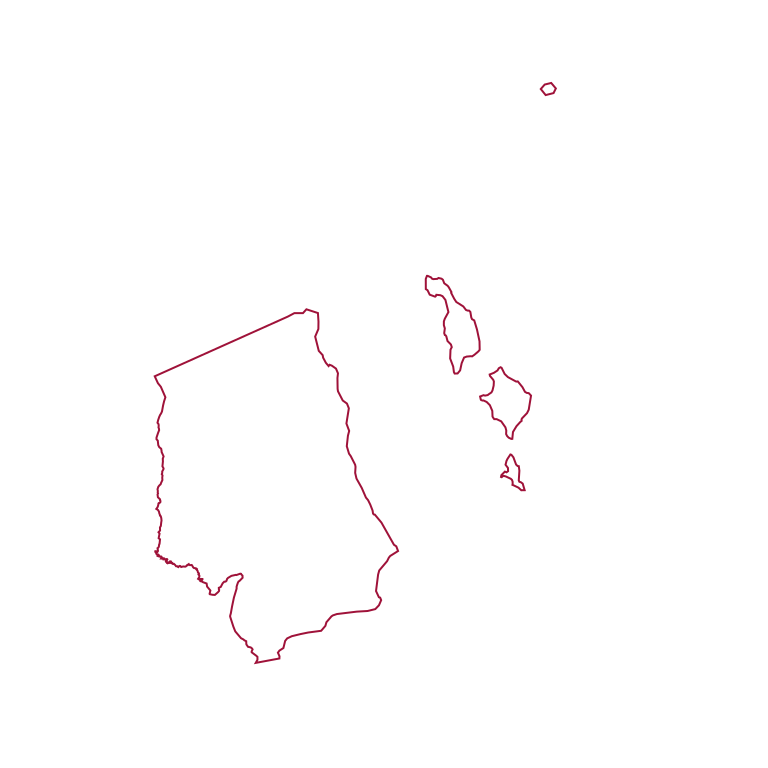 Santa Barbara, California, United States of America (Equal Earth projection), rotated 246°
{"feature_id": "52423323B51130837096991", "entity_name": "Santa Barbara", "entity_type": "district", "adm_level": 2, "iso_a3": "USA", "parent_name": "United States of America", "parent_adm1": "California", "projection": "equal_earth", "projection_center": [-120.082, 34.285], "detail": "fine", "context": "isolated", "style": "outline", "palette": "rose", "viewbox_px": 768, "rotation_deg": 246, "n_neighbors": 0, "source": "geoboundaries", "source_scale": "gbopen_adm2", "svg_char_len": 6170}
<svg xmlns="http://www.w3.org/2000/svg" viewBox="0 0 768 768"><g transform="rotate(246 384 384)"><path d="M181.4,153.4L175.8,176.8L177.8,177.8L181.7,177.8L183.0,180.1L183.7,184.7L189.5,189.2L191.0,192.1L191.1,197.2L189.5,206.0L187.8,213.7L184.1,226.2L186.9,232.1L189.8,234.5L193.1,241.5L193.4,243.2L193.0,247.4L187.1,266.6L183.3,276.7L181.9,284.5L183.9,289.4L187.7,293.5L190.4,293.6L191.3,292.6L198.1,292.5L212.3,301.1L215.6,303.8L220.9,314.8L223.4,317.8L224.4,319.8L225.7,328.9L230.7,329.2L233.1,327.7L258.4,325.3L268.4,322.5L269.0,321.6L270.1,321.3L273.1,322.1L279.5,322.4L284.4,322.2L287.6,321.3L298.1,321.4L308.8,320.4L314.5,321.5L319.9,324.3L322.0,324.8L331.6,324.3L334.6,323.7L342.3,324.7L351.4,330.0L355.3,333.1L363.2,333.6L376.1,342.0L381.2,342.2L385.7,339.6L396.0,339.0L398.3,339.6L408.4,343.9L412.5,346.3L417.6,346.4L422.0,343.8L423.7,342.1L422.9,340.7L427.0,339.5L432.8,339.1L435.3,339.7L440.8,337.9L455.3,340.4L460.9,346.4L467.6,349.5L475.7,352.5L483.8,343.5L481.7,338.8L485.2,330.9L484.7,323.5L484.3,177.7L476.7,177.8L472.2,179.0L460.8,178.9L457.7,176.1L454.3,173.5L449.2,170.0L447.7,168.3L446.9,167.0L445.4,165.3L442.9,163.0L440.7,161.3L439.0,161.7L437.5,161.2L436.0,160.3L435.0,160.3L433.3,159.8L431.2,157.7L427.6,154.4L426.1,153.7L424.3,154.3L419.9,152.9L417.7,153.0L415.5,154.1L413.3,153.6L412.4,153.2L407.5,153.2L405.7,151.5L403.1,150.5L398.9,148.1L396.6,148.3L395.8,147.8L394.3,145.8L392.9,145.2L392.0,144.3L390.6,144.5L388.6,143.3L386.4,142.5L384.1,139.9L383.2,139.1L382.8,137.7L381.9,136.0L380.0,134.3L378.3,133.9L376.8,133.1L376.0,133.1L375.2,132.2L373.2,131.6L372.5,131.4L369.7,132.5L368.9,132.1L368.0,132.2L366.9,131.5L366.6,130.2L366.8,129.7L366.4,129.2L365.6,128.8L363.9,127.4L363.1,126.3L362.5,125.2L360.8,126.3L360.1,126.4L358.8,126.5L357.1,126.1L355.4,126.1L354.9,125.8L354.1,126.3L352.1,126.0L349.7,125.2L348.2,124.2L345.1,122.4L344.1,121.0L341.2,119.8L340.3,117.7L338.6,118.1L334.8,115.4L333.2,116.2L329.2,113.9L329.0,113.4L326.9,112.1L326.2,111.0L326.1,110.3L323.6,109.7L323.1,109.3L322.7,108.6L323.4,108.3L324.1,107.6L324.2,107.0L323.4,106.8L322.6,107.1L321.1,107.0L320.4,107.3L320.1,107.8L320.1,108.3L319.7,108.5L319.4,108.1L319.4,107.6L319.0,107.2L318.5,107.7L318.7,108.2L318.5,108.8L318.1,108.9L317.6,108.8L317.2,109.3L317.3,109.7L316.9,110.4L316.1,110.5L315.5,109.9L315.2,109.4L314.9,110.0L314.5,110.4L314.3,111.0L314.6,111.4L314.3,112.1L313.8,112.4L313.5,112.1L313.2,111.7L312.4,113.3L312.5,114.1L312.4,114.5L311.9,114.7L311.5,114.3L311.8,113.3L311.4,113.1L311.1,113.2L310.5,112.5L310.1,112.6L309.8,113.3L309.4,113.5L308.7,113.0L308.2,113.4L308.4,114.1L308.8,114.5L308.7,114.7L307.9,114.9L307.8,115.4L307.8,115.8L308.3,116.0L308.5,115.9L309.0,116.3L308.9,116.7L308.5,117.2L307.9,117.1L307.0,116.8L306.7,117.3L306.8,117.5L306.7,117.8L305.9,117.6L305.3,118.1L305.3,118.6L305.2,118.9L303.6,119.6L302.1,119.9L301.4,121.3L300.9,121.5L300.7,121.4L300.4,121.7L300.7,122.0L300.9,123.4L300.5,123.9L299.3,124.3L299.0,126.3L298.4,127.3L297.9,128.5L298.2,129.7L298.5,130.1L298.6,130.5L298.4,130.6L298.3,130.9L298.4,131.2L298.7,131.5L298.9,132.4L298.1,132.5L297.4,133.1L296.9,134.7L296.3,134.9L294.1,135.1L293.1,135.6L292.6,136.6L291.5,137.0L291.5,137.3L291.6,137.6L290.9,137.9L290.2,137.4L289.1,137.7L287.5,137.4L286.4,137.9L286.0,137.8L286.0,137.5L285.5,137.0L284.1,137.4L283.5,137.2L282.7,136.6L281.6,134.9L280.9,135.3L280.7,136.0L280.5,137.2L279.7,138.8L279.2,138.6L278.9,137.9L278.8,136.8L279.0,136.4L278.9,136.0L278.7,136.0L278.3,136.4L278.0,137.0L276.6,138.0L273.9,140.8L270.9,140.0L266.0,141.4L263.2,139.3L262.8,139.4L261.2,141.6L260.1,143.7L261.3,147.6L262.0,149.1L263.0,149.7L263.5,149.6L265.0,150.2L265.0,152.3L267.6,155.6L268.4,157.7L267.9,158.9L268.3,160.1L269.7,161.3L270.3,162.6L270.8,166.6L269.9,171.0L269.5,171.5L269.2,175.5L268.7,176.2L268.1,176.2L266.5,176.8L264.5,176.0L262.8,171.7L262.8,170.9L262.0,169.8L260.2,168.1L258.8,166.9L257.0,166.1L249.9,160.0L242.7,154.8L236.8,150.8L235.0,149.3L234.3,148.9L233.0,148.7L223.6,147.7L218.5,147.5L209.9,150.0L207.8,151.7L206.6,152.2L205.1,153.5L202.3,152.4L201.8,152.4L199.2,152.9L197.6,155.1L196.0,155.9L195.0,156.0L193.5,154.3L192.7,154.0L187.5,156.9L186.2,157.4L183.5,156.2L181.4,153.4ZM364.8,452.8L363.7,455.5L365.5,459.1L371.4,463.4L375.6,467.9L375.4,470.8L374.0,474.8L373.4,475.7L373.9,478.4L375.4,483.5L376.3,485.3L384.1,488.6L395.9,491.1L405.4,492.3L407.4,490.8L409.3,490.8L414.7,492.2L416.4,491.6L417.0,490.3L418.3,489.0L422.6,488.0L429.5,483.4L433.3,482.8L440.0,482.4L440.5,483.0L446.1,482.5L447.8,482.1L451.5,480.0L455.3,480.2L456.8,479.4L458.7,476.9L458.4,475.4L459.8,471.6L460.7,470.7L462.3,470.3L465.0,467.9L465.3,467.2L463.0,464.9L453.7,460.8L452.0,461.9L447.0,462.1L443.0,466.2L443.1,466.9L444.2,468.1L442.2,471.6L440.4,473.2L435.8,474.3L423.5,472.1L418.9,466.1L416.9,464.2L413.4,462.6L410.1,462.2L406.0,459.7L404.0,459.5L403.4,460.1L402.2,460.3L397.4,459.5L392.9,461.2L390.1,460.9L388.3,458.7L380.4,454.8L371.8,454.3L366.4,452.7L364.8,452.8ZM282.0,478.0L281.7,478.9L287.7,482.3L291.6,487.9L293.9,493.1L294.3,494.7L295.8,495.3L296.5,496.2L299.2,502.8L301.7,505.8L313.6,513.6L316.8,512.5L317.8,510.8L319.5,509.6L324.8,509.2L331.9,507.3L332.1,506.9L332.2,506.3L332.6,505.6L339.9,500.0L344.1,498.3L351.0,498.0L351.9,497.3L351.7,495.3L350.2,493.2L349.5,488.9L349.7,484.4L348.3,484.1L343.4,485.5L341.6,485.4L337.9,483.5L334.0,480.5L332.6,478.7L332.0,475.4L331.7,474.2L332.3,471.6L333.3,470.4L333.5,466.7L330.5,466.1L329.8,466.2L328.8,467.3L328.5,468.2L325.8,470.5L321.6,472.1L315.4,472.0L310.1,469.9L309.0,470.0L307.1,470.4L306.1,472.6L302.2,475.9L295.0,477.3L291.8,476.8L288.6,475.2L286.4,475.3L284.2,476.1L282.0,478.0ZM231.1,466.2L229.8,469.3L236.6,470.2L238.7,469.0L239.6,467.9L241.1,467.9L249.7,472.4L254.1,473.7L254.7,472.7L256.7,471.9L264.4,472.4L267.5,471.6L268.2,470.8L265.4,466.4L263.9,464.6L260.8,462.2L256.9,463.1L253.9,461.9L253.5,460.0L254.8,458.8L253.0,454.2L251.5,453.1L251.0,453.6L251.4,454.8L251.4,456.0L250.0,457.7L245.8,461.3L244.4,461.9L242.6,461.8L240.6,461.0L239.6,460.3L238.7,461.2L234.6,464.7L231.1,466.2ZM582.2,649.2L580.8,657.2L584.1,661.2L591.0,659.2L592.2,652.6L589.7,647.2L582.2,649.2Z" fill="none" stroke="#9f1239" stroke-width="2"/></g></svg>